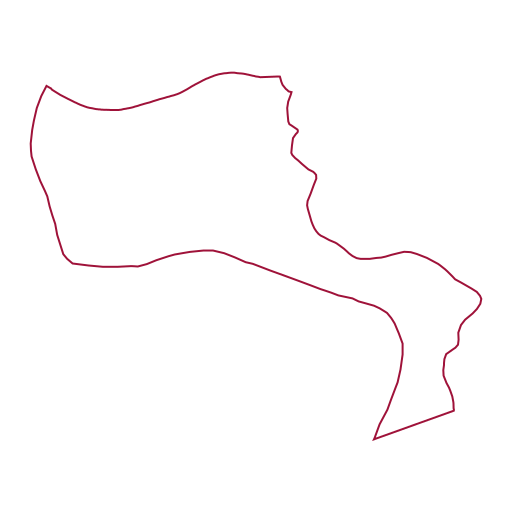 the district of Athens, Saint Lucia
{"feature_id": "8701671B88292249499058", "entity_name": "Athens", "entity_type": "district", "adm_level": 2, "iso_a3": "LCA", "parent_name": "Saint Lucia", "parent_adm1": "", "projection": "robinson", "projection_center": [-60.892, 13.905], "detail": "fine", "context": "isolated", "style": "outline", "palette": "rose", "viewbox_px": 512, "rotation_deg": 0, "n_neighbors": 0, "source": "geoboundaries", "source_scale": "gbopen_adm2", "svg_char_len": 4539}
<svg xmlns="http://www.w3.org/2000/svg" viewBox="0 0 512 512"><path d="M46.5,85.9L41.3,96.0L36.8,108.0L33.9,120.6L32.2,129.9L30.7,143.5L31.0,150.8L31.6,156.5L35.7,169.1L40.3,181.1L45.0,191.1L47.3,196.4L49.6,206.3L52.3,215.3L55.2,223.9L57.2,234.9L61.3,247.9L63.3,254.2L67.1,258.8L69.8,261.1L72.6,263.5L88.6,265.5L102.9,266.8L117.7,266.8L131.4,266.1L134.9,266.3L137.8,266.5L146.8,264.1L156.4,260.2L168.6,256.2L170.4,255.7L174.7,254.5L183.4,253.0L189.9,251.9L203.8,250.5L212.9,250.5L224.2,253.2L232.1,256.3L234.4,257.2L235.8,257.8L245.7,262.2L251.4,263.5L252.7,263.8L253.5,264.1L270.2,270.5L291.1,278.1L297.9,280.6L310.0,285.1L320.5,289.1L325.1,290.6L331.3,292.7L336.5,294.7L338.3,295.4L352.5,298.4L358.6,301.4L364.8,303.1L374.0,305.7L379.6,308.3L385.3,311.8L387.1,313.0L389.4,315.8L391.2,318.0L393.0,320.8L394.7,323.6L397.0,329.1L398.8,333.3L402.6,343.6L402.6,354.5L400.5,369.5L397.6,382.4L395.7,387.3L390.9,400.0L387.4,409.7L379.6,424.3L374.6,438.0L374.0,439.3L453.8,410.7L453.9,409.5L453.6,408.3L453.5,403.7L453.4,402.5L453.3,401.8L452.3,396.5L450.3,390.8L449.0,387.6L446.5,383.0L443.6,375.7L443.3,370.1L444.0,365.0L444.0,363.2L444.4,359.1L446.2,354.1L453.0,349.3L455.4,347.7L458.0,344.7L458.6,339.7L458.3,332.7L461.0,325.0L465.1,319.7L472.6,313.5L476.9,309.0L480.3,303.8L481.3,298.9L480.0,295.8L476.8,291.9L471.6,288.6L461.0,282.5L455.1,279.3L452.7,276.7L447.4,271.4L445.1,269.3L440.3,265.5L438.1,263.9L426.9,257.9L416.9,254.0L410.8,252.2L408.3,252.0L404.1,251.8L398.5,253.1L391.6,254.8L385.6,256.6L381.1,257.6L376.8,257.9L371.6,258.6L369.6,258.9L360.9,258.9L359.1,258.6L356.6,258.1L352.5,256.0L348.9,253.3L346.9,251.4L343.9,248.7L339.7,245.6L336.8,243.5L335.2,242.6L329.3,240.1L324.0,237.2L320.7,235.6L318.5,233.9L316.3,231.3L314.4,228.4L312.7,224.7L311.4,221.3L307.8,208.8L307.1,205.3L307.6,201.0L309.5,196.4L310.6,193.7L313.8,184.9L316.3,178.6L316.1,174.9L314.5,173.0L313.2,171.8L308.4,169.4L304.5,166.1L301.9,163.9L298.0,160.3L295.2,158.1L292.3,155.0L291.3,152.9L292.0,145.3L293.0,138.1L295.8,134.1L297.5,132.4L297.9,131.0L297.5,129.6L295.3,128.1L291.5,125.5L289.4,124.2L288.3,121.5L287.6,113.9L287.2,108.0L287.7,104.9L288.2,101.6L289.4,98.4L290.8,94.6L291.5,92.1L288.6,91.4L287.3,90.1L285.8,88.9L282.6,84.9L282.1,83.7L281.2,81.4L281.1,80.9L279.9,76.6L279.2,76.5L278.1,76.5L260.3,77.2L259.0,76.9L257.9,76.7L256.8,76.6L255.5,76.4L254.3,76.0L252.5,75.7L251.3,75.4L250.0,75.1L248.4,74.7L247.9,74.6L247.2,74.5L246.0,74.2L244.4,73.9L243.9,73.8L243.3,73.7L242.5,73.6L241.6,73.5L240.4,73.4L239.8,73.4L238.9,73.3L237.4,73.2L235.7,72.9L234.4,72.7L233.1,72.7L231.7,72.7L230.6,72.7L229.3,72.8L228.2,72.9L227.0,73.1L225.8,73.2L224.2,73.3L222.5,73.6L221.5,73.8L219.7,74.1L218.3,74.4L217.7,74.6L217.0,74.8L215.9,75.1L215.3,75.3L213.8,75.8L212.7,76.3L211.3,76.8L210.0,77.3L209.3,77.6L207.7,78.3L206.4,78.7L205.0,79.4L204.4,79.7L203.8,80.0L202.9,80.4L202.4,80.7L200.9,81.5L200.2,81.9L199.0,82.5L197.5,83.3L196.5,83.8L195.1,84.5L194.5,84.9L193.8,85.3L193.1,85.6L192.7,85.9L191.7,86.4L190.6,87.1L189.5,87.8L188.8,88.2L188.0,88.7L187.2,89.2L186.1,89.8L185.0,90.4L183.5,91.2L182.4,91.8L180.8,92.6L179.8,93.1L178.1,93.8L177.6,94.0L177.1,94.2L175.5,94.7L174.7,95.0L173.4,95.4L172.1,95.7L170.6,96.1L170.0,96.3L169.2,96.6L168.2,96.8L167.0,97.1L164.5,97.9L163.0,98.3L161.5,98.7L159.5,99.2L158.6,99.5L158.1,99.7L156.4,100.2L154.5,100.8L153.1,101.2L151.5,101.8L150.8,102.0L150.3,102.2L148.9,102.6L146.9,103.1L146.2,103.3L144.7,103.7L144.0,103.9L142.7,104.3L141.3,104.7L139.6,105.2L138.3,105.7L136.5,106.2L135.2,106.5L134.0,106.9L133.5,107.1L132.0,107.5L131.1,107.7L129.7,108.0L128.1,108.3L127.3,108.4L126.1,108.7L124.7,108.9L123.4,109.1L122.3,109.4L121.1,109.7L119.9,109.8L119.3,109.9L118.7,110.0L118.0,110.0L117.2,110.0L116.4,110.0L115.2,110.0L113.7,110.0L112.9,110.0L111.4,110.0L110.5,110.0L109.4,109.9L108.9,109.9L107.8,109.9L106.9,109.8L106.2,109.8L105.4,109.8L104.0,109.8L102.8,109.7L101.5,109.7L99.9,109.4L98.6,109.4L98.1,109.3L97.5,109.2L97.0,109.2L95.6,109.0L94.1,108.7L93.2,108.5L92.4,108.3L91.7,108.2L90.5,108.0L89.2,107.8L88.6,107.6L88.0,107.5L87.2,107.3L86.4,107.0L85.5,106.7L84.9,106.5L84.1,106.2L83.4,105.9L82.2,105.5L80.9,105.0L80.1,104.7L79.4,104.4L78.9,104.1L78.3,103.9L77.1,103.3L76.5,103.0L75.9,102.7L75.4,102.5L74.6,102.2L73.7,101.7L73.1,101.4L72.5,101.1L71.1,100.4L69.9,99.8L69.3,99.5L68.7,99.2L68.2,99.0L67.1,98.4L66.1,97.9L64.6,97.1L63.6,96.6L63.0,96.3L62.1,95.8L61.6,95.6L60.9,95.2L60.1,94.8L59.2,94.2L55.8,92.1L55.0,91.6L52.0,89.7L51.5,89.1L51.1,88.5L49.8,87.8L49.1,87.4L46.5,85.9Z" fill="none" stroke="#9f1239" stroke-width="2"/></svg>